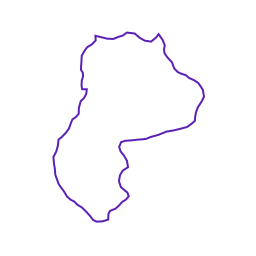 Engenheiro Coelho, São Paulo, Brazil (Robinson projection), rotated 106°
{"feature_id": "56859067B14377814131316", "entity_name": "Engenheiro Coelho", "entity_type": "district", "adm_level": 2, "iso_a3": "BRA", "parent_name": "Brazil", "parent_adm1": "São Paulo", "projection": "robinson", "projection_center": [-47.172, -22.479], "detail": "fine", "context": "isolated", "style": "outline", "palette": "violet", "viewbox_px": 256, "rotation_deg": 106, "n_neighbors": 0, "source": "geoboundaries", "source_scale": "gbopen_adm2", "svg_char_len": 1456}
<svg xmlns="http://www.w3.org/2000/svg" viewBox="0 0 256 256"><g transform="rotate(106 128 128)"><path d="M29.3,124.5L33.2,125.9L38.6,129.6L39.4,136.0L38.1,141.6L35.3,147.6L36.6,155.4L40.6,158.5L43.0,162.3L46.5,166.7L47.9,173.0L48.1,179.3L48.4,184.7L52.8,183.2L57.7,185.9L61.6,189.5L65.5,191.0L71.2,192.4L77.2,191.0L80.7,190.3L84.9,189.3L87.4,186.7L90.7,185.4L95.1,185.5L99.8,184.4L103.4,182.8L102.1,178.3L106.7,177.5L111.6,178.7L115.1,180.8L122.1,180.8L128.0,179.3L132.0,181.3L135.1,183.8L138.7,184.2L144.6,184.6L149.5,186.3L155.3,189.4L158.4,191.6L164.2,190.5L170.6,190.5L176.4,191.7L182.3,189.5L187.3,187.1L193.0,185.0L197.2,181.9L201.0,179.2L204.1,175.4L207.0,171.6L210.5,168.0L212.7,163.6L213.6,159.1L215.6,155.9L217.1,150.4L220.3,144.6L222.9,140.4L225.9,136.3L226.7,132.5L224.7,126.7L221.5,121.8L216.1,123.1L212.7,122.5L209.0,117.8L205.2,115.4L200.6,113.2L197.6,110.4L193.5,108.5L190.3,110.7L186.8,118.5L181.7,122.0L175.7,122.7L170.5,121.4L165.7,117.2L159.9,119.9L155.5,124.4L152.6,128.6L148.6,131.3L143.4,130.7L140.9,126.8L139.0,121.4L136.5,115.4L135.1,111.5L133.4,107.5L130.5,103.9L128.5,100.6L126.2,96.9L120.9,90.1L117.6,83.2L115.1,78.8L110.7,71.4L106.3,68.0L102.7,65.7L99.4,66.4L94.3,67.0L89.1,66.6L82.1,64.5L77.0,63.6L70.9,66.4L67.9,69.7L65.4,72.9L63.9,77.5L63.0,83.4L61.2,87.0L61.2,91.2L60.5,95.7L57.9,100.1L52.8,103.8L49.1,109.8L46.0,113.5L42.8,115.0L38.4,115.4L33.9,118.9L29.3,124.5Z" fill="none" stroke="#5b21b6" stroke-width="2"/></g></svg>